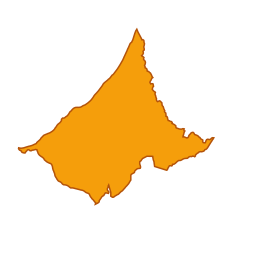 Prado, Bahia, Brazil, rotated 217°
{"feature_id": "56859067B3199407317230", "entity_name": "Prado", "entity_type": "district", "adm_level": 2, "iso_a3": "BRA", "parent_name": "Brazil", "parent_adm1": "Bahia", "projection": "mercator", "projection_center": [-39.359, -17.168], "detail": "fine", "context": "isolated", "style": "filled", "palette": "amber", "viewbox_px": 256, "rotation_deg": 217, "n_neighbors": 0, "source": "geoboundaries", "source_scale": "gbopen_adm2", "svg_char_len": 5808}
<svg xmlns="http://www.w3.org/2000/svg" viewBox="0 0 256 256"><g transform="rotate(217 128 128)"><path d="M180.4,212.2L180.3,210.9L180.2,210.0L179.8,208.8L179.5,207.6L179.0,206.3L177.1,200.9L177.0,199.9L176.7,198.7L177.1,197.3L177.0,196.0L176.7,195.1L176.4,193.8L176.1,192.6L175.7,190.4L175.4,189.6L174.8,186.7L174.1,183.6L173.9,182.5L173.6,181.4L173.4,180.4L173.1,179.1L172.9,177.7L172.7,175.9L172.5,174.4L172.2,171.3L172.0,168.6L172.0,167.5L172.0,165.1L172.0,163.7L172.0,162.5L172.1,161.6L172.5,160.6L172.5,159.7L172.5,157.5L172.6,156.3L173.0,155.1L173.1,154.0L174.1,150.0L174.3,148.4L174.1,147.1L174.0,145.8L174.0,139.5L174.1,138.4L174.2,136.9L174.4,135.4L174.5,134.4L174.5,133.2L174.3,131.5L174.3,130.2L174.3,128.7L174.4,127.5L174.6,126.3L175.2,123.6L175.8,121.8L176.2,120.6L176.7,119.8L177.3,118.9L177.7,117.7L178.5,116.0L179.9,114.7L181.4,113.6L182.4,112.7L182.9,111.8L183.3,111.0L183.5,110.0L183.7,108.8L183.6,107.8L183.9,106.8L184.1,105.7L183.9,104.6L183.8,103.4L183.8,102.3L183.8,101.3L184.2,100.2L184.5,99.3L184.7,98.2L185.2,97.3L186.2,96.6L186.4,95.0L185.6,93.8L185.5,92.6L185.6,91.1L185.9,90.0L186.2,88.9L186.3,87.7L186.2,86.5L186.1,85.4L186.2,84.2L186.0,83.0L186.1,81.6L186.5,79.8L187.0,78.5L187.4,77.4L187.9,76.5L188.6,75.5L189.2,74.4L189.7,73.6L190.3,72.5L190.8,71.7L191.0,70.8L191.1,69.6L191.3,68.5L191.4,67.4L191.2,66.3L191.4,65.0L191.9,62.6L192.1,61.5L191.9,60.5L192.3,59.6L192.8,58.9L193.4,57.7L194.1,56.4L194.9,55.3L195.6,54.4L196.3,53.6L197.4,52.1L198.2,51.0L198.9,50.0L199.5,49.2L200.3,48.4L201.0,47.7L202.0,47.0L203.4,46.4L203.0,45.6L202.0,45.2L201.1,45.1L199.9,45.5L198.6,44.9L197.7,44.8L196.7,45.2L195.8,45.6L195.1,46.3L195.3,47.6L195.1,48.8L195.1,50.0L194.5,50.7L193.5,51.0L192.5,50.9L191.5,51.7L191.2,52.6L190.4,53.3L189.6,54.3L188.8,55.3L187.6,55.8L186.8,55.1L185.5,54.4L184.4,53.6L183.2,53.2L182.2,53.0L180.1,53.0L179.0,53.1L178.1,53.1L176.8,52.9L175.7,52.3L172.6,52.1L171.2,52.3L169.6,52.6L168.6,53.0L167.4,53.0L166.1,52.4L164.9,51.5L163.9,50.5L162.5,49.4L161.3,48.8L160.5,48.2L159.6,47.7L158.8,47.1L157.5,45.9L156.2,45.3L155.0,44.9L154.0,44.4L153.0,44.1L152.0,43.8L150.7,43.9L149.6,44.3L148.1,44.2L147.1,43.9L146.1,43.8L145.1,44.0L144.1,44.7L143.2,45.1L142.4,45.4L141.5,45.6L140.3,45.7L139.3,45.6L138.5,45.6L137.6,45.7L136.9,46.3L136.2,46.8L135.2,47.3L133.9,47.8L131.6,48.8L130.6,49.2L129.7,49.6L128.8,49.9L127.8,50.4L126.9,50.8L126.0,51.1L124.9,51.2L122.6,51.2L121.6,51.5L120.4,51.9L119.1,51.9L118.3,51.4L116.6,50.5L115.5,50.3L114.2,49.8L112.8,49.7L111.6,49.4L110.6,49.1L109.8,48.9L108.8,48.8L108.2,47.4L107.0,49.8L106.7,50.7L106.6,51.7L107.2,52.6L107.3,53.5L107.3,54.6L107.4,56.2L107.5,57.3L107.3,58.3L106.8,59.2L106.8,60.2L107.0,61.4L107.0,62.6L105.5,63.5L104.3,64.0L104.6,65.2L105.6,65.7L106.8,65.8L107.5,66.4L108.1,67.4L108.3,69.0L108.9,69.7L109.1,70.8L103.6,66.7L102.7,65.9L102.0,64.9L101.4,64.1L100.8,63.2L98.8,63.3L97.9,64.1L97.6,65.0L97.4,65.9L96.9,67.0L96.5,68.1L95.9,69.1L95.6,70.5L95.5,71.8L95.3,72.8L95.0,73.7L94.7,74.5L94.5,77.2L94.4,78.3L94.4,79.6L94.2,81.0L94.1,82.6L94.0,84.0L94.2,85.5L94.4,87.1L94.4,88.1L97.2,91.8L97.5,92.9L97.0,94.2L96.6,95.1L96.1,96.3L96.6,97.4L96.7,98.6L96.4,99.6L96.1,100.9L95.6,101.7L94.9,102.2L94.0,103.3L94.4,104.3L95.0,104.9L95.9,105.6L96.9,106.2L97.6,107.1L98.4,108.3L97.9,109.4L98.0,110.4L98.0,112.4L97.6,113.2L95.9,116.8L92.1,119.6L91.2,120.2L90.3,119.3L89.4,118.5L88.8,117.9L87.9,117.3L87.0,116.8L86.2,115.9L85.2,114.9L84.4,114.1L83.6,113.3L71.8,117.5L71.4,118.3L71.8,119.4L72.0,120.7L72.1,121.9L72.2,122.8L71.4,123.4L70.2,124.1L70.2,125.0L70.6,125.8L69.9,126.3L69.4,127.0L68.9,128.4L68.7,129.8L68.4,131.3L67.9,132.6L66.9,133.3L66.3,134.1L65.7,135.4L65.2,136.6L64.7,137.4L64.0,138.1L63.2,138.8L62.4,139.5L62.1,140.4L61.8,141.9L60.9,142.9L60.0,143.4L59.5,144.4L58.5,145.0L57.4,145.2L57.3,146.2L57.9,147.2L57.7,148.1L57.4,149.6L56.8,150.8L56.8,151.8L56.0,152.6L54.8,153.4L53.9,154.6L53.4,155.7L53.6,157.0L52.9,157.8L52.6,159.0L52.6,160.2L52.7,161.4L52.8,162.3L52.9,163.4L53.0,164.5L53.1,165.5L53.2,166.6L53.2,167.6L53.4,169.1L53.4,170.7L53.6,171.8L54.6,171.2L55.2,170.2L55.3,169.0L55.6,168.0L56.5,167.6L57.7,166.9L58.2,166.0L58.0,164.6L57.4,162.8L58.1,162.1L59.2,161.6L60.1,162.0L61.0,163.4L62.4,163.3L63.6,163.1L64.8,163.7L65.9,163.5L67.1,163.8L68.3,163.7L69.4,163.4L70.8,162.9L72.3,163.6L73.4,163.7L74.1,163.1L74.7,161.8L74.7,160.3L74.9,158.8L74.4,157.4L74.4,156.2L75.2,155.4L76.8,155.0L78.1,154.6L78.7,154.0L79.2,154.7L79.5,155.8L79.9,156.8L80.5,158.1L80.8,159.8L81.6,159.6L82.3,160.2L82.6,161.1L83.7,160.6L84.7,159.2L86.2,158.2L88.4,157.5L89.4,157.1L90.3,157.5L91.1,158.5L92.2,158.6L93.1,158.6L93.9,158.4L94.8,158.4L95.6,158.1L96.0,159.0L97.1,159.3L98.4,158.7L99.3,158.7L100.4,158.2L101.9,159.2L102.6,160.0L103.8,160.6L104.7,160.2L105.3,161.0L106.0,161.8L106.8,162.7L107.8,162.7L108.7,163.0L109.0,163.9L110.8,164.8L111.7,165.5L112.7,166.2L114.3,166.6L115.3,167.6L116.1,168.5L117.0,168.6L118.2,168.9L119.3,168.6L119.7,167.9L120.1,166.9L121.0,166.9L121.8,167.3L122.5,167.8L123.0,168.7L124.0,169.2L124.8,169.9L125.5,170.5L126.5,171.0L127.2,171.9L127.5,172.9L128.3,173.1L129.2,172.9L130.9,173.2L131.9,173.5L132.3,174.4L132.8,175.6L132.6,176.5L133.6,177.5L134.6,178.3L135.6,177.9L136.4,176.9L137.9,177.5L138.3,178.5L138.4,180.1L138.9,182.0L138.5,183.2L139.8,183.6L141.0,184.4L141.9,184.8L143.1,185.4L144.3,185.3L145.5,185.6L146.8,185.0L147.6,185.7L148.3,186.4L149.5,186.6L150.6,186.4L151.2,187.2L152.5,188.0L152.7,189.2L153.2,190.3L153.7,191.1L154.7,191.7L155.8,192.0L156.7,192.0L157.3,192.8L157.7,193.9L158.8,194.0L159.7,193.8L160.7,194.0L160.4,195.4L160.8,197.1L162.1,198.2L162.2,199.2L162.0,200.1L162.7,201.0L163.5,201.6L164.3,202.4L164.7,203.5L165.2,204.6L165.7,205.4L166.5,205.8L167.1,206.5L168.1,207.5L169.3,207.5L169.9,206.8L171.5,207.7L177.9,210.7L180.4,212.2Z" fill="#f59e0b" stroke="#b45309" stroke-width="1.5"/></g></svg>